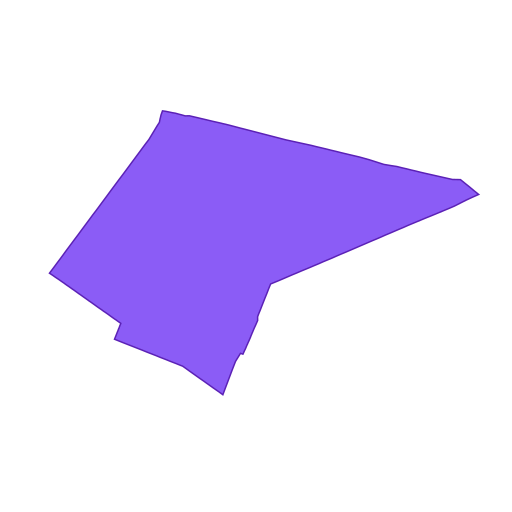 outline of Texcalyacac, México, Mexico, rotated 290°
{"feature_id": "50627088B38447053181428", "entity_name": "Texcalyacac", "entity_type": "district", "adm_level": 2, "iso_a3": "MEX", "parent_name": "Mexico", "parent_adm1": "México", "projection": "orthographic", "projection_center": [-99.508, 19.124], "detail": "fine", "context": "isolated", "style": "filled", "palette": "violet", "viewbox_px": 512, "rotation_deg": 290, "n_neighbors": 0, "source": "geoboundaries", "source_scale": "gbopen_adm2", "svg_char_len": 3722}
<svg xmlns="http://www.w3.org/2000/svg" viewBox="0 0 512 512"><g transform="rotate(290 256 256)"><path d="M170.2,68.1L169.2,67.8L168.2,72.0L167.6,74.1L167.2,75.7L166.3,79.4L165.9,80.8L164.7,85.4L164.6,85.6L163.7,88.8L163.3,90.5L162.0,95.1L162.0,95.3L160.8,99.6L159.9,102.7L159.8,103.3L158.8,106.9L158.6,107.6L157.1,113.1L156.6,114.7L156.5,115.3L155.9,117.5L154.9,121.1L154.6,122.1L153.6,125.7L152.6,129.6L152.5,129.8L151.8,132.3L151.8,132.5L150.9,135.9L150.6,137.0L149.5,140.8L148.4,144.8L148.2,145.8L147.2,149.3L146.7,151.2L146.5,152.0L145.8,152.0L145.1,152.0L144.5,151.9L143.8,151.9L143.5,151.9L142.9,151.9L142.5,151.9L141.9,151.9L141.3,151.9L140.7,151.8L140.1,151.8L139.7,151.8L139.3,151.8L138.9,151.8L138.5,151.8L137.8,151.8L137.0,151.7L136.6,151.7L136.2,151.7L135.4,151.7L129.4,151.5L129.1,160.6L129.0,165.1L128.8,173.4L128.6,181.3L128.4,186.2L128.3,191.1L128.2,196.0L128.0,200.8L127.9,206.4L127.7,211.9L127.6,217.5L127.4,223.0L127.4,223.8L127.4,224.3L127.4,224.7L126.4,228.4L125.0,233.3L123.9,237.3L122.6,242.0L121.4,246.4L120.6,249.5L119.6,253.0L118.9,255.6L117.4,261.0L115.9,266.7L114.3,272.3L114.8,272.3L123.4,272.4L132.1,272.5L141.2,272.6L150.0,272.8L159.2,274.7L159.3,277.3L162.0,277.5L163.4,277.6L164.0,277.7L165.1,277.8L166.7,277.9L167.3,277.9L169.2,278.0L169.9,278.1L172.0,278.2L174.1,278.4L176.1,278.5L177.4,278.6L178.1,278.6L179.2,278.6L179.6,278.6L180.6,278.7L181.9,278.7L183.0,278.8L187.4,279.0L190.9,279.3L196.0,279.6L199.4,278.3L200.4,278.3L201.9,278.3L204.5,278.4L206.4,278.5L211.1,278.6L218.8,278.8L224.1,279.0L229.4,279.1L234.7,279.3L237.9,282.8L241.1,286.3L244.4,289.8L247.6,293.2L250.9,296.7L254.1,300.2L257.4,303.7L260.6,307.2L263.8,310.7L267.1,314.2L270.3,317.7L273.6,321.1L276.8,324.6L280.1,328.2L283.5,331.7L286.8,335.2L290.1,338.8L293.4,342.3L296.7,345.8L300.1,349.4L303.4,352.9L306.7,356.4L310.0,359.9L313.3,363.5L316.6,367.0L320.0,370.5L323.3,374.1L326.6,377.6L329.9,381.1L333.2,384.7L336.6,388.2L340.0,391.9L343.4,395.6L346.8,399.3L350.2,403.0L353.6,406.8L357.0,410.5L360.4,414.2L363.8,417.9L367.2,421.6L370.7,425.3L375.4,429.7L380.1,434.1L385.1,439.1L390.0,444.2L391.9,438.6L393.9,433.1L395.8,427.5L397.7,422.0L395.1,414.4L394.4,409.0L393.7,403.5L393.0,398.0L392.3,392.5L391.6,387.1L391.0,382.2L390.5,377.3L389.9,372.5L389.4,367.6L388.8,362.8L388.3,357.9L387.0,351.3L385.8,344.8L385.6,339.8L385.4,334.7L385.2,329.7L384.8,324.5L384.4,319.3L383.8,314.2L383.2,309.2L382.2,300.6L381.7,295.6L381.1,290.6L380.6,285.6L380.0,280.5L379.4,275.5L378.9,270.5L378.2,265.3L377.5,260.2L376.8,255.0L376.1,249.8L375.4,244.7L374.9,239.5L374.4,234.3L373.9,229.1L373.4,223.9L372.9,218.7L372.4,213.5L371.9,208.3L371.6,205.2L371.1,200.1L370.7,196.3L370.7,196.0L370.6,195.2L370.6,194.6L370.5,194.1L370.5,193.6L370.4,193.1L370.4,192.7L370.1,189.4L370.0,188.3L369.9,187.2L369.8,186.4L369.8,186.0L369.7,185.4L369.7,185.1L369.6,184.4L369.5,183.6L369.5,183.1L369.2,180.9L369.0,179.3L368.9,178.1L368.2,172.6L367.7,168.7L367.0,162.5L366.7,159.9L366.4,157.5L366.2,155.8L366.0,154.0L365.2,147.4L365.0,145.6L364.6,144.5L363.5,141.7L363.4,140.9L363.3,139.4L363.2,137.9L362.9,135.1L362.8,133.6L362.7,132.4L362.6,131.3L362.1,128.7L361.1,121.8L360.4,118.5L358.9,118.5L356.1,118.5L353.0,118.9L352.6,118.9L348.6,119.5L347.6,119.3L345.0,118.7L344.1,118.5L339.0,117.5L333.9,116.5L328.8,115.5L324.1,114.0L319.4,112.6L314.6,111.2L309.9,109.8L305.2,108.4L300.5,107.0L295.7,105.6L291.0,104.2L286.3,102.8L281.5,101.3L276.8,99.9L272.1,98.5L267.4,97.1L262.6,95.7L257.9,94.3L253.2,92.9L248.4,91.5L243.7,90.1L239.0,88.6L234.2,87.2L229.5,85.8L224.8,84.4L220.1,83.0L215.3,81.6L210.4,80.1L205.4,78.6L200.4,77.1L195.4,75.6L190.8,74.3L186.1,72.9L181.5,71.5L175.4,69.7L170.2,68.1Z" fill="#8b5cf6" stroke="#5b21b6" stroke-width="1.5"/></g></svg>